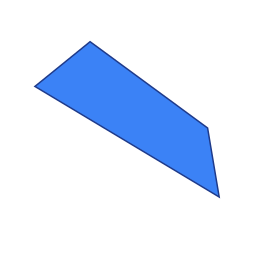 SVG path tracing the border of Ewa, rotated 342°
{"feature_id": "NRU-4977", "entity_name": "Ewa", "entity_type": "state/province", "adm_level": 1, "iso_a3": "NRU", "parent_name": "Nauru", "parent_adm1": "", "projection": "albers", "projection_center": [166.932, -0.502], "detail": "fine", "context": "isolated", "style": "filled", "palette": "blue", "viewbox_px": 256, "rotation_deg": 342, "n_neighbors": 0, "source": "natural_earth", "source_scale": "10m", "svg_char_len": 226}
<svg xmlns="http://www.w3.org/2000/svg" viewBox="0 0 256 256"><g transform="rotate(342 128 128)"><path d="M52.3,59.7L118.6,34.2L203.7,152.6L193.4,221.8L52.3,59.7Z" fill="#3b82f6" stroke="#1e3a8a" stroke-width="1.5"/></g></svg>